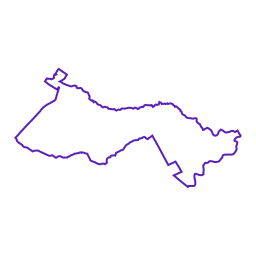 outline of Ruiru, Central, Kenya
{"feature_id": "3690345B55338568349306", "entity_name": "Ruiru", "entity_type": "district", "adm_level": 2, "iso_a3": "KEN", "parent_name": "Kenya", "parent_adm1": "Central", "projection": "mercator", "projection_center": [37.042, -1.194], "detail": "fine", "context": "isolated", "style": "outline", "palette": "violet", "viewbox_px": 256, "rotation_deg": 0, "n_neighbors": 0, "source": "geoboundaries", "source_scale": "gbopen_adm2", "svg_char_len": 5879}
<svg xmlns="http://www.w3.org/2000/svg" viewBox="0 0 256 256"><path d="M42.0,108.8L41.2,109.7L39.9,111.5L32.0,120.0L27.6,124.5L19.7,133.0L18.7,134.3L18.1,135.0L17.2,135.9L15.4,137.8L16.0,138.3L16.5,139.1L16.6,139.8L17.0,141.0L17.6,141.5L18.2,142.4L20.3,143.6L20.8,144.0L21.3,144.5L22.3,145.0L22.9,146.2L23.5,146.6L24.3,147.1L25.5,147.3L26.4,147.4L27.1,147.7L28.2,148.2L28.9,148.9L30.0,149.6L31.7,150.7L32.4,151.4L33.3,151.3L34.2,150.7L35.3,150.6L37.5,150.6L38.3,150.6L40.0,151.6L46.1,154.4L48.7,155.6L49.7,155.8L50.6,155.7L52.5,155.3L54.1,156.6L56.0,157.8L57.0,157.2L58.0,156.5L58.9,156.3L59.8,156.2L60.5,156.3L61.5,156.8L62.7,157.5L67.4,157.5L67.8,156.9L68.9,156.5L69.7,156.2L70.3,155.8L71.2,155.2L72.3,154.8L73.6,154.4L74.8,153.5L75.9,153.6L77.9,153.1L78.7,153.1L79.3,152.6L80.1,152.5L80.9,152.3L81.6,152.8L82.2,152.4L83.1,152.5L84.0,152.9L85.3,153.3L86.5,153.5L87.2,153.8L87.7,154.6L88.3,155.9L89.1,157.5L89.8,158.8L90.1,159.8L90.6,160.6L92.5,161.4L94.5,162.1L95.6,162.5L96.3,163.1L97.4,163.6L98.6,164.1L99.6,164.2L100.7,164.2L102.0,163.7L103.1,163.6L104.0,163.7L105.0,164.2L105.6,163.5L106.3,163.3L106.8,162.8L106.8,162.0L106.7,160.8L106.9,159.1L107.4,158.4L108.6,157.4L109.6,157.5L110.3,157.2L110.7,155.9L112.2,155.5L113.4,155.4L114.2,155.4L115.2,155.6L115.6,154.7L116.1,152.9L116.8,152.5L119.3,151.3L121.0,150.3L121.8,150.1L122.6,150.0L123.3,149.5L123.8,148.5L124.6,147.5L125.1,146.7L125.6,145.7L126.4,144.9L127.8,144.1L128.9,143.6L129.6,142.6L130.4,142.3L134.2,140.3L134.9,140.3L135.9,140.2L137.1,140.1L138.1,140.0L138.7,139.2L139.3,138.5L140.3,138.6L144.1,136.9L145.0,137.3L146.4,138.5L147.4,139.1L148.2,138.8L148.8,138.1L149.4,137.7L150.3,137.2L151.2,136.5L152.3,135.6L158.7,147.1L163.6,156.3L168.3,165.0L175.5,161.6L177.7,165.1L178.2,165.9L181.6,171.8L173.8,175.4L180.6,181.1L187.9,187.0L188.6,186.0L189.5,185.9L190.2,186.0L192.1,185.9L193.1,186.0L194.2,185.8L194.8,185.4L195.2,184.5L195.3,183.6L195.3,181.8L195.1,180.7L195.0,179.9L194.7,179.2L194.4,176.3L194.5,174.9L194.9,174.0L195.8,173.8L196.7,174.0L197.6,174.4L199.1,174.9L200.2,175.1L201.0,175.2L202.0,175.2L203.4,174.4L203.6,173.5L203.4,172.6L203.4,171.8L203.6,170.9L203.7,170.1L203.6,168.9L203.5,168.0L203.4,167.3L203.2,166.3L203.2,165.6L205.2,162.9L206.1,162.8L207.0,162.9L208.1,162.6L209.0,161.6L209.8,161.1L210.8,161.1L213.6,161.7L214.8,162.0L216.1,162.0L217.3,161.8L218.1,161.7L219.2,161.2L219.9,160.4L220.3,159.8L221.2,158.6L221.7,158.1L222.2,157.4L222.5,156.1L223.2,155.1L224.4,154.7L226.6,154.6L231.6,154.6L232.6,154.4L233.4,154.1L234.0,153.5L234.9,152.3L235.9,150.8L236.6,149.5L236.6,148.8L236.5,148.0L236.3,146.7L236.4,145.9L236.7,145.2L237.3,143.0L237.2,142.1L236.6,141.6L235.4,141.2L234.5,140.7L234.6,139.5L235.4,138.5L236.2,137.7L236.9,137.3L237.6,137.1L239.0,136.8L240.1,136.6L240.6,135.9L240.2,135.0L239.4,133.9L238.7,132.7L238.2,131.6L237.5,130.5L236.5,131.1L235.6,131.8L234.6,131.9L233.8,131.3L233.1,131.0L231.9,130.8L230.8,131.2L229.6,131.9L228.7,132.0L227.4,132.3L226.1,132.5L225.3,132.4L224.2,131.7L223.7,131.2L223.1,130.7L222.5,130.3L221.8,129.8L220.7,129.6L219.9,130.5L218.7,131.7L218.4,132.5L218.2,133.4L217.5,134.6L216.7,135.3L216.0,135.5L214.9,135.7L213.7,135.1L213.0,134.3L212.6,133.5L211.6,131.1L211.1,130.2L210.0,129.4L208.9,128.7L208.0,128.1L207.1,127.8L206.3,128.3L204.8,129.0L203.9,129.8L203.0,129.9L202.5,128.4L202.0,127.8L201.4,127.3L201.0,126.4L200.5,125.6L200.1,124.6L199.6,123.9L198.8,123.6L198.1,123.2L197.6,122.7L197.1,122.0L196.7,121.5L196.6,120.4L196.8,119.4L196.4,118.4L195.8,118.2L194.9,118.2L193.9,118.5L193.2,118.6L192.2,118.6L191.2,118.4L190.3,118.1L189.5,118.2L188.7,118.1L187.7,117.8L186.5,117.6L185.5,116.1L184.6,115.4L183.5,114.8L182.5,114.2L182.0,113.6L181.7,112.0L181.1,111.5L180.4,111.0L180.3,109.7L179.4,109.1L178.5,108.6L178.1,108.0L177.4,107.3L176.9,106.8L176.0,106.4L175.1,106.8L174.9,106.1L174.0,105.5L173.3,105.2L172.9,104.3L171.9,103.8L170.9,103.5L170.0,103.4L168.8,103.7L168.0,104.0L167.3,103.3L166.4,103.8L165.1,104.0L164.3,103.6L163.4,103.9L162.4,103.8L161.7,104.0L161.3,103.1L160.4,102.5L159.4,102.0L159.2,102.8L159.0,103.6L158.6,104.7L157.5,104.7L156.4,104.8L155.5,104.6L155.0,105.2L154.5,105.9L152.8,107.0L152.3,106.4L152.3,105.6L151.3,105.0L150.7,105.3L150.0,105.5L149.1,105.2L148.1,105.3L146.0,105.0L145.3,104.9L144.6,105.4L144.0,105.9L143.5,106.6L142.9,107.1L142.1,106.7L141.5,107.1L140.6,107.3L139.5,107.7L139.1,108.3L138.5,108.8L137.7,109.0L137.1,108.4L136.1,108.1L135.5,107.7L134.7,107.7L134.1,108.2L133.1,108.7L132.1,108.2L131.2,107.8L130.0,107.8L129.1,107.8L128.0,107.9L127.3,108.1L126.5,108.3L125.4,108.5L124.8,108.7L124.0,108.5L122.9,108.5L121.7,108.5L120.9,109.2L120.5,109.8L119.7,109.9L119.1,109.6L118.2,109.6L116.4,110.6L115.4,110.2L114.8,109.4L113.9,109.0L112.8,109.4L112.0,109.3L110.9,108.9L109.7,108.9L108.7,108.9L108.1,108.4L107.7,107.5L107.0,107.3L105.9,107.2L105.0,106.7L104.3,106.9L103.6,107.3L102.8,107.4L102.2,107.0L101.7,106.5L101.1,105.9L100.6,105.4L99.8,105.1L98.6,104.7L97.5,104.2L96.3,102.5L95.5,101.9L94.5,101.5L93.7,101.1L93.5,102.0L92.8,101.3L92.2,100.4L91.2,100.4L90.3,99.7L89.5,99.2L89.2,98.2L89.6,97.1L89.6,96.1L89.1,95.6L88.9,94.9L88.5,94.3L88.2,93.0L87.4,92.4L85.2,92.0L84.7,91.4L83.8,91.3L83.2,90.9L82.7,90.1L82.3,89.6L81.8,88.6L81.0,88.2L80.2,87.9L79.5,88.1L77.4,88.2L76.6,87.5L76.5,86.2L75.6,85.7L74.7,85.7L73.9,85.6L72.7,85.9L71.7,86.4L70.7,86.3L69.7,86.0L67.9,85.3L67.1,85.1L66.1,84.8L65.0,84.2L64.2,83.8L63.4,83.7L62.6,83.1L61.1,82.0L59.9,81.5L61.4,80.7L63.5,79.4L64.5,78.7L66.9,74.6L65.1,73.4L61.7,71.0L60.3,70.0L58.9,69.0L58.0,69.6L56.7,71.7L56.2,72.5L55.6,73.8L56.3,74.4L55.5,74.9L54.5,74.5L53.9,75.8L53.7,76.8L54.0,77.8L53.4,78.5L52.3,78.8L51.4,79.3L50.3,78.8L49.0,78.8L47.8,78.8L47.0,78.4L46.4,79.1L45.0,81.4L49.2,84.7L56.9,89.4L59.3,86.7L58.9,88.2L56.7,95.4L55.7,99.2L55.1,100.1L54.5,100.6L49.5,103.4L46.9,104.8L45.7,105.6L43.1,107.6L42.0,108.8Z" fill="none" stroke="#5b21b6" stroke-width="2"/></svg>